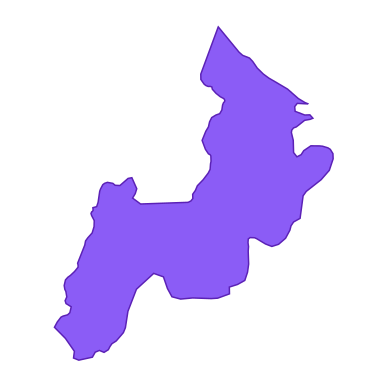 SVG path tracing the border of Ondo, rotated 178°
{"feature_id": "NGA-2853", "entity_name": "Ondo", "entity_type": "State", "adm_level": 1, "iso_a3": "NGA", "parent_name": "Nigeria", "parent_adm1": "", "projection": "orthographic", "projection_center": [5.19, 6.813], "detail": "fine", "context": "isolated", "style": "filled", "palette": "violet", "viewbox_px": 384, "rotation_deg": 178, "n_neighbors": 0, "source": "natural_earth", "source_scale": "10m", "svg_char_len": 2196}
<svg xmlns="http://www.w3.org/2000/svg" viewBox="0 0 384 384"><g transform="rotate(178 192 192)"><path d="M160.0,356.1L140.1,330.1L136.6,326.8L129.9,323.9L126.8,320.4L122.5,313.6L116.6,307.4L111.3,303.2L98.5,295.1L92.9,291.5L82.5,281.7L75.9,277.4L73.2,276.2L73.4,276.0L83.7,276.9L86.4,273.7L86.1,269.0L76.6,265.0L71.5,265.0L68.6,261.5L71.3,260.5L76.9,259.7L85.5,253.4L88.3,252.5L90.1,250.4L90.6,248.0L89.0,240.1L89.1,227.9L85.9,223.5L81.6,225.5L78.9,229.4L71.6,234.0L62.8,233.6L59.9,233.2L54.6,231.4L52.3,229.8L49.8,225.4L49.8,220.2L54.0,208.9L62.5,199.8L77.8,188.6L81.1,184.3L84.9,161.9L91.5,158.5L94.2,154.8L95.5,150.4L100.1,142.5L107.3,136.7L114.1,134.8L120.4,137.5L129.0,143.1L131.1,144.1L135.6,144.4L137.4,143.1L137.8,139.4L137.4,135.5L137.9,130.9L137.9,118.0L139.3,109.9L142.3,101.8L149.7,98.0L158.0,95.7L158.1,88.9L170.0,85.0L176.5,84.8L195.0,86.1L207.1,85.4L215.7,88.0L219.9,96.4L223.5,108.2L233.1,112.0L250.9,96.8L260.2,75.0L263.3,58.7L265.5,53.8L272.9,45.8L277.3,43.2L279.4,40.4L281.1,37.3L285.5,34.8L290.1,36.9L294.3,35.3L297.3,30.4L311.0,27.9L316.2,30.2L315.1,36.9L323.6,50.1L334.2,61.6L331.1,66.9L327.3,71.5L325.2,72.5L320.6,73.6L318.3,75.6L316.7,81.5L321.8,84.9L322.6,87.8L320.8,91.5L321.5,96.9L322.5,99.2L323.0,103.0L321.5,108.6L319.1,111.1L316.4,112.9L312.2,116.6L308.5,120.8L308.4,123.0L308.8,124.8L301.0,142.7L300.1,146.8L297.8,149.8L293.2,154.6L291.1,160.8L290.7,166.8L293.1,171.9L293.7,174.0L293.0,175.6L292.3,176.0L291.5,177.1L291.6,179.8L287.8,180.7L286.2,185.0L284.2,196.0L283.3,198.2L280.9,202.4L279.1,203.7L276.2,204.6L270.8,203.4L268.6,201.4L263.8,201.0L255.4,207.8L251.6,208.4L247.1,197.2L248.8,192.3L251.6,188.0L243.8,181.8L196.2,181.8L193.4,183.1L191.4,185.4L191.4,189.7L188.6,193.4L186.4,198.1L180.4,203.9L175.1,210.4L173.1,214.0L172.5,219.6L171.9,222.0L171.9,227.4L172.7,228.8L174.2,229.5L177.1,234.2L180.1,243.2L176.1,252.2L173.3,256.5L172.0,261.5L169.7,265.7L165.4,268.1L161.6,269.3L159.3,272.9L158.4,277.9L157.4,280.1L156.3,281.2L156.0,282.5L156.9,284.2L160.4,286.2L164.5,289.7L168.1,294.0L168.5,296.3L170.1,296.9L172.1,296.9L174.2,297.8L176.0,299.2L179.2,304.1L179.1,309.5L160.1,355.9L160.0,356.1Z" fill="#8b5cf6" stroke="#5b21b6" stroke-width="1.5"/></g></svg>